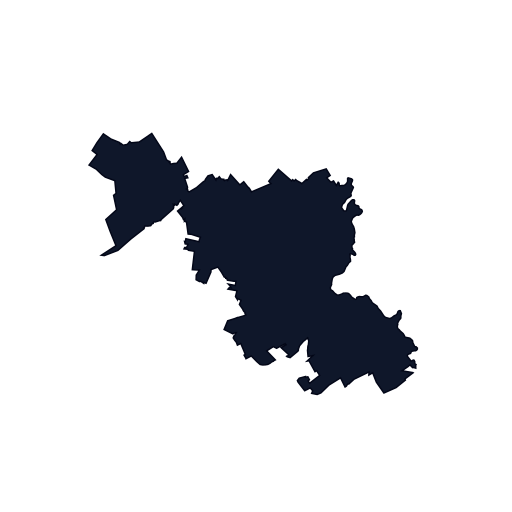 the district of Sedibeng, Gauteng, South Africa, rotated 233°
{"feature_id": "47623444B84489694859974", "entity_name": "Sedibeng", "entity_type": "district", "adm_level": 2, "iso_a3": "ZAF", "parent_name": "South Africa", "parent_adm1": "Gauteng", "projection": "albers", "projection_center": [28.102, -26.548], "detail": "fine", "context": "isolated", "style": "filled", "palette": "ink", "viewbox_px": 512, "rotation_deg": 233, "n_neighbors": 0, "source": "geoboundaries", "source_scale": "gbopen_adm2", "svg_char_len": 6109}
<svg xmlns="http://www.w3.org/2000/svg" viewBox="0 0 512 512"><g transform="rotate(233 256 256)"><path d="M130.0,213.7L119.1,213.8L118.0,219.9L114.2,220.2L112.8,217.8L108.6,221.5L107.6,225.5L109.0,236.8L107.8,250.2L97.8,248.3L97.7,249.9L98.7,252.3L97.9,253.0L98.6,260.2L95.9,273.9L95.5,276.6L93.0,274.5L92.5,278.9L82.8,276.2L69.6,275.7L66.6,288.7L67.0,300.6L68.2,300.8L68.2,311.2L68.5,311.1L76.5,303.5L76.2,310.8L76.4,313.4L72.6,313.9L71.9,314.9L70.3,316.1L72.5,317.7L73.0,318.5L73.9,318.1L74.8,318.2L76.0,319.2L77.6,319.5L77.9,319.4L78.3,318.8L78.5,317.1L78.8,316.6L84.4,316.5L85.5,317.0L85.9,317.6L85.9,318.6L85.2,320.8L86.3,322.8L85.1,325.3L84.3,326.4L84.1,327.5L84.5,328.8L85.4,329.5L87.2,329.2L87.6,328.6L88.4,328.3L92.5,329.1L94.0,330.0L95.2,330.0L97.8,329.4L101.6,326.1L103.2,326.6L105.5,326.8L109.5,326.0L110.8,326.0L112.3,325.6L113.5,325.8L114.9,326.6L116.1,328.1L116.7,328.3L117.3,328.9L118.7,331.9L119.0,333.8L119.4,334.4L121.0,335.6L122.5,337.5L125.5,338.3L126.1,337.6L126.3,336.6L126.1,335.8L124.9,334.1L124.7,333.0L124.6,332.2L125.1,330.4L125.0,327.1L125.6,325.1L129.1,322.4L131.4,322.0L137.1,322.4L140.6,322.0L143.2,322.5L148.7,320.7L151.2,321.1L153.7,320.9L155.4,321.4L157.7,320.8L158.6,320.1L159.0,317.0L160.2,315.4L161.4,314.2L162.0,312.7L162.2,311.5L161.1,310.4L161.5,309.3L162.1,308.9L165.9,307.6L167.4,307.8L170.2,307.4L171.0,306.9L172.2,305.6L173.8,303.3L174.0,301.6L174.8,299.1L175.5,297.8L175.9,297.4L179.0,296.4L182.1,296.2L183.7,295.5L184.8,295.6L186.2,296.5L187.7,299.2L188.9,300.0L191.8,303.1L192.6,304.4L192.9,305.4L192.9,307.6L191.2,311.8L190.5,314.7L190.7,317.0L193.3,321.5L193.5,323.1L194.8,326.3L194.8,328.2L196.0,329.1L198.7,330.4L200.0,331.7L200.9,331.8L201.1,332.0L201.0,332.8L200.5,333.3L199.0,334.4L197.8,334.7L197.3,335.0L196.9,335.7L197.2,336.5L198.2,337.0L199.6,337.1L203.0,336.7L203.9,337.6L204.7,337.6L206.1,338.4L207.1,339.5L207.1,340.6L207.7,343.1L208.8,343.4L209.8,344.2L212.0,345.3L212.0,346.1L213.5,347.1L215.1,349.0L218.5,350.8L220.7,351.6L223.4,351.9L225.6,352.5L226.4,353.0L228.0,355.7L228.3,356.7L228.3,359.5L228.1,361.1L226.8,362.5L226.6,363.8L226.7,365.5L227.0,366.6L227.6,367.7L228.2,368.0L229.4,368.2L231.5,367.1L232.4,367.2L233.7,367.9L234.6,367.8L236.7,366.1L237.8,366.0L239.0,366.2L240.7,368.0L241.6,368.2L242.1,367.9L242.8,367.0L242.9,365.8L241.9,360.7L241.3,359.7L238.2,356.0L237.8,355.0L238.5,353.8L239.5,353.3L242.7,353.4L243.5,353.7L245.0,355.8L245.4,357.3L245.4,358.7L246.9,362.0L247.1,363.6L246.6,367.5L246.9,368.1L247.2,368.6L248.6,369.2L249.3,369.9L252.1,375.0L252.9,375.2L254.9,374.8L256.0,375.2L256.8,376.1L258.1,378.4L259.0,379.0L260.2,378.7L263.0,376.6L262.8,375.8L260.6,374.2L260.0,373.4L259.4,371.8L259.2,369.4L259.5,368.5L260.7,366.9L261.6,365.1L262.6,365.2L264.2,366.2L265.4,366.0L264.0,362.6L269.3,363.1L269.8,360.2L275.9,359.5L275.7,363.7L283.3,364.5L287.8,351.9L287.1,345.1L286.1,344.8L285.9,342.3L286.8,342.3L286.2,336.1L287.1,336.0L292.0,333.8L293.2,333.7L293.0,331.6L294.9,331.2L294.6,329.6L311.8,326.0L308.0,311.2L304.8,311.5L309.9,291.0L314.2,291.4L316.3,291.0L322.7,290.9L322.5,285.9L336.3,284.7L333.3,278.8L333.8,278.7L334.0,279.2L335.0,277.3L335.1,276.2L335.6,275.9L336.6,276.5L338.0,274.9L338.8,274.4L341.4,274.4L341.0,271.9L341.7,271.4L341.8,271.1L340.8,269.7L347.4,270.0L348.9,265.9L347.6,261.6L346.8,260.8L347.0,258.5L346.4,249.7L347.4,241.1L349.0,240.7L350.3,241.4L350.8,240.8L351.5,240.7L351.4,241.5L351.2,241.6L352.1,242.7L360.9,245.7L359.5,248.6L361.9,249.2L362.7,246.3L364.7,247.0L364.1,253.0L379.7,256.0L377.7,248.5L379.4,246.0L380.8,243.0L381.5,243.1L383.2,244.1L383.5,243.9L383.2,243.6L383.3,243.1L384.3,243.3L386.7,242.4L394.7,244.8L416.6,246.5L417.3,231.3L421.5,224.5L423.4,224.0L422.6,220.4L424.4,216.6L427.4,215.8L427.1,214.9L429.0,215.2L436.8,210.5L445.4,207.6L442.2,197.2L438.8,188.6L432.7,190.2L429.1,177.4L421.4,180.7L413.9,181.9L409.7,183.1L401.1,188.6L390.2,181.9L390.2,178.8L376.8,172.5L375.5,158.0L363.6,154.4L348.5,150.4L349.7,133.0L347.6,135.1L343.6,149.1L344.9,166.4L345.2,183.1L346.2,183.4L346.1,184.2L346.8,185.4L345.0,187.6L343.6,190.1L344.3,192.5L343.9,193.5L344.5,193.9L344.7,195.1L343.9,195.8L342.0,201.1L341.7,201.2L342.2,202.3L343.5,218.2L344.1,219.3L344.4,219.3L345.1,220.1L345.1,219.9L346.2,220.8L346.9,221.0L345.8,221.6L346.5,222.2L344.1,223.3L344.4,225.0L344.7,224.9L346.1,229.1L339.6,228.7L339.4,226.2L338.5,226.1L338.5,224.9L339.3,225.0L339.1,220.4L331.0,220.6L328.7,220.0L328.6,221.6L326.9,219.9L326.9,220.4L326.4,220.2L325.6,220.5L325.1,221.0L314.4,215.0L312.1,217.5L304.4,222.9L302.9,220.4L301.7,219.1L312.0,210.4L310.0,208.2L310.6,207.7L308.3,206.7L306.2,208.8L304.6,205.6L305.7,204.2L305.0,202.8L302.3,205.7L301.3,205.4L296.8,209.7L283.4,196.9L278.8,202.3L276.7,196.8L273.1,193.9L269.6,195.5L268.9,196.7L265.6,197.8L266.3,198.5L264.3,199.7L270.3,210.3L272.2,211.9L270.1,218.9L264.2,218.7L258.2,218.0L257.3,219.3L257.4,219.1L256.4,218.4L255.8,219.1L253.9,218.6L249.3,223.0L247.8,224.8L244.9,221.7L250.2,217.0L247.5,217.3L245.8,217.0L246.4,216.7L246.8,215.6L246.4,213.7L239.7,219.9L235.9,215.2L232.2,214.9L233.0,215.8L229.6,217.4L227.3,213.6L221.5,213.4L220.0,213.0L218.7,213.0L217.6,213.3L216.9,212.7L215.0,212.4L215.5,210.4L217.5,205.1L218.0,204.3L218.8,201.4L221.3,194.4L216.5,186.3L207.7,190.7L207.5,193.0L206.7,194.2L205.0,190.2L205.3,190.1L204.3,188.5L201.4,188.3L198.9,188.4L196.0,187.5L195.3,191.2L183.9,188.3L184.0,186.8L180.6,186.4L180.0,186.2L179.0,192.1L171.3,193.1L166.9,194.0L165.1,195.6L163.5,197.9L162.3,200.2L161.9,202.6L162.0,204.7L161.5,206.6L161.7,207.2L161.4,208.9L173.8,207.4L173.2,215.3L169.9,216.9L168.5,226.6L167.0,226.6L167.7,220.9L157.3,222.8L157.1,220.8L157.5,220.4L157.5,220.1L156.7,220.3L154.3,222.1L154.8,232.2L155.2,233.1L156.2,233.9L158.1,236.8L159.2,241.9L159.5,242.0L159.3,243.8L159.7,248.8L159.5,247.5L157.6,247.5L156.3,246.9L153.5,244.3L153.0,243.5L151.8,242.3L151.6,242.3L149.6,240.3L144.4,237.1L142.2,241.7L141.3,233.6L140.4,235.3L128.1,233.5L127.9,235.4L122.3,235.0L122.1,222.2L124.9,222.5L125.0,224.2L128.3,224.7L129.2,222.8L129.9,223.1L132.4,217.0L131.6,214.1L130.0,213.7Z" fill="#0f172a" stroke="#020617" stroke-width="1.5"/></g></svg>